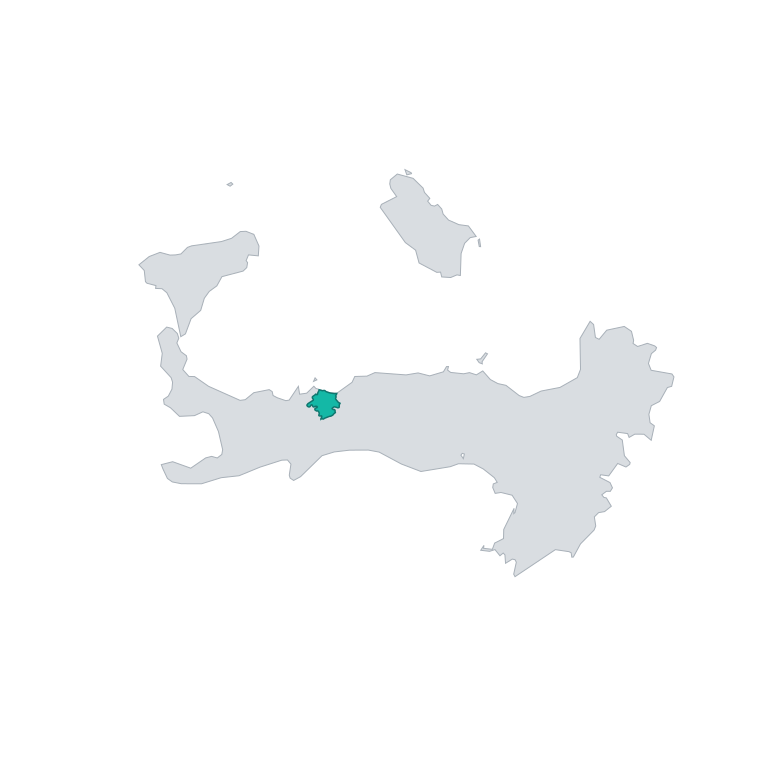 location of Caserta within Italy, rotated 136°
{"feature_id": "ITA-5396", "entity_name": "Caserta", "entity_type": "Province", "adm_level": 1, "iso_a3": "ITA", "parent_name": "Italy", "parent_adm1": "", "projection": "equal_earth", "projection_center": [14.158, 41.216], "detail": "fine", "context": "in_parent", "style": "filled", "palette": "teal", "viewbox_px": 768, "rotation_deg": 136, "n_neighbors": 0, "source": "natural_earth", "source_scale": "10m", "svg_char_len": 5785}
<svg xmlns="http://www.w3.org/2000/svg" viewBox="0 0 768 768"><g transform="rotate(136 384 384)"><path d="M178.7,182.5L182.6,184.6L197.8,180.0L206.8,182.7L214.5,178.2L219.5,171.3L218.6,166.1L230.9,157.9L231.9,167.3L238.4,173.7L244.8,175.3L243.2,179.1L249.4,187.0L252.0,186.3L252.9,184.8L251.5,178.2L260.9,165.4L261.5,156.5L263.1,155.5L267.6,156.2L271.1,164.5L286.2,161.8L291.2,168.2L293.6,167.0L289.9,156.1L291.8,150.6L295.8,149.6L298.5,152.3L304.3,153.0L304.6,149.7L303.2,147.6L305.4,138.2L314.0,139.0L319.0,142.4L325.0,142.3L330.3,134.8L334.3,133.0L353.7,132.5L368.0,128.0L369.2,129.0L366.6,132.6L367.4,134.9L375.8,145.8L423.6,154.4L422.8,157.1L412.6,163.9L411.8,166.6L413.3,168.9L421.1,170.6L415.7,177.1L415.7,179.6L419.9,179.9L419.2,187.8L424.3,190.3L429.9,197.2L424.2,198.5L426.5,196.6L420.9,189.8L414.9,192.7L405.4,189.8L398.9,196.2L376.8,204.2L380.7,200.6L379.1,200.5L371.0,205.3L369.1,215.0L375.2,224.7L380.0,228.1L377.7,234.0L374.8,236.2L370.9,234.6L369.7,239.9L371.6,253.9L374.9,263.9L385.8,274.9L393.8,278.5L418.2,295.4L427.1,314.4L434.8,338.4L441.2,347.4L454.7,360.3L467.0,369.7L478.4,375.5L508.4,375.3L516.0,377.4L516.9,381.5L515.5,384.2L506.6,391.0L506.2,396.4L510.4,400.2L530.9,410.3L552.0,418.7L566.2,429.7L584.6,439.0L599.1,453.1L604.3,460.6L605.4,466.5L602.0,476.5L600.2,480.7L590.0,474.9L581.5,457.7L563.6,454.7L558.3,451.7L555.3,446.6L549.6,446.0L545.7,448.8L536.1,464.8L530.9,478.7L530.7,484.4L533.6,489.8L542.3,492.9L553.6,502.8L554.1,515.2L556.1,522.2L553.3,526.1L547.6,525.1L540.1,527.6L534.8,532.2L532.7,536.5L532.3,552.0L522.2,560.1L513.7,575.8L500.8,575.9L497.8,571.1L497.6,563.9L499.8,559.5L504.5,557.4L507.6,548.2L506.5,541.6L508.4,538.7L518.7,534.2L519.1,525.0L515.1,520.9L511.8,504.2L498.9,472.2L494.7,469.1L483.7,468.2L470.5,459.7L469.7,456.2L471.8,452.8L470.3,448.2L466.2,440.2L463.4,438.3L447.2,441.8L451.8,435.3L446.0,431.1L436.0,431.1L436.1,428.2L429.0,415.3L424.2,410.1L405.8,407.4L399.8,409.7L390.8,401.5L382.6,398.5L361.8,375.2L351.8,368.3L345.5,358.1L332.8,351.5L326.9,353.1L325.5,351.8L328.6,349.8L328.0,346.0L319.6,336.0L314.6,332.8L311.2,326.4L303.9,324.8L304.4,313.3L301.8,305.2L297.2,298.3L294.8,281.8L292.7,277.2L287.6,273.7L275.9,269.8L259.8,259.3L240.5,254.3L232.5,258.0L211.4,280.6L192.2,285.9L191.9,281.2L199.6,270.6L198.2,266.7L186.4,268.0L171.2,258.5L169.4,250.0L174.1,242.0L176.7,240.1L175.5,234.8L166.3,230.3L162.8,223.3L162.6,220.9L165.1,219.7L170.6,220.1L179.5,215.1L182.3,208.3L169.9,191.2L170.5,187.7L178.7,182.5ZM378.1,279.4L378.8,275.2L374.8,277.8L375.9,279.8L378.1,279.4ZM497.3,559.2L481.9,583.8L476.8,600.5L477.5,606.8L481.9,611.4L479.7,613.2L484.5,621.1L484.5,623.3L477.6,632.2L477.5,640.0L464.4,638.8L453.7,634.3L448.4,625.4L444.2,621.6L439.7,618.6L430.5,618.8L426.4,617.0L402.0,599.4L392.5,594.7L381.5,593.5L377.2,589.7L373.7,582.0L378.1,570.1L385.4,563.5L391.8,571.0L397.5,568.5L397.8,566.1L401.8,563.1L406.9,563.1L426.0,573.8L436.1,570.7L445.3,572.0L453.7,570.5L464.7,564.3L477.4,565.0L492.0,558.0L497.3,559.2ZM268.5,427.7L274.7,446.7L268.3,458.3L270.4,470.9L264.0,513.7L261.1,515.0L244.7,510.0L243.2,519.9L240.9,523.9L237.6,526.5L228.6,525.8L220.2,511.7L219.8,497.8L221.8,493.7L222.1,485.7L225.6,485.2L226.0,479.8L224.1,476.9L220.7,475.9L220.9,469.8L223.4,465.2L223.7,457.1L219.5,446.7L213.5,439.1L215.2,426.1L220.3,429.4L228.3,429.2L237.9,424.3L253.7,409.0L255.7,411.8L262.1,414.3L268.1,420.9L265.6,425.2L268.5,427.7ZM299.3,330.2L300.7,333.2L300.1,337.3L297.0,334.9L289.3,335.9L288.6,333.8L298.0,331.9L299.3,330.2ZM222.3,518.6L220.0,523.6L217.7,517.1L218.1,516.2L222.3,518.6ZM220.0,416.7L216.4,422.1L214.6,421.9L219.1,415.7L220.0,416.7ZM358.3,636.4L354.0,635.2L353.9,632.8L357.3,633.2L358.3,636.4ZM432.9,434.8L429.3,436.3L429.4,433.6L432.9,434.8Z" fill="#d9dde1" stroke="#a8b0b8" stroke-width="1"/><path d="M434.7,424.9L433.0,422.0L431.7,421.1L431.2,420.6L431.1,420.1L431.0,419.1L430.9,418.6L429.9,416.6L428.7,414.5L426.4,411.6L424.6,410.0L425.3,409.6L425.6,409.4L426.9,409.2L427.1,409.0L427.2,408.9L427.2,408.6L427.2,408.4L427.4,408.0L427.6,407.9L427.9,407.7L428.2,407.6L428.5,407.5L428.8,407.3L429.0,407.1L429.1,406.9L429.3,406.6L429.3,406.4L429.3,405.8L429.5,405.1L429.4,404.0L429.6,402.8L429.6,402.5L429.6,402.3L429.5,401.9L429.0,401.0L429.0,400.8L429.1,400.6L429.3,400.6L430.1,400.3L430.4,400.2L430.9,399.8L431.0,399.8L432.0,398.7L432.5,398.4L432.9,398.4L433.7,398.9L433.9,399.1L434.0,399.3L434.1,399.6L434.2,399.9L435.3,401.7L435.5,402.0L435.8,402.2L436.6,402.4L437.7,402.5L438.1,402.5L438.3,402.4L438.5,402.3L438.5,402.2L438.4,401.8L438.4,401.6L438.4,401.3L438.3,401.0L438.2,400.8L438.1,400.6L437.7,400.3L437.5,400.1L437.4,399.9L437.4,399.6L437.4,399.4L437.5,399.2L437.6,398.9L438.1,398.5L438.2,398.3L438.4,398.0L438.6,397.8L438.7,397.4L438.9,397.2L439.3,397.3L440.5,397.4L441.7,397.3L442.7,397.2L443.4,397.5L444.4,397.7L444.6,397.8L445.5,398.5L446.8,399.1L448.3,399.7L448.8,399.9L450.7,400.7L451.1,400.7L451.8,400.8L452.0,400.9L452.3,401.2L452.5,401.8L453.1,402.4L453.8,402.5L453.2,403.1L452.2,403.2L451.5,403.7L451.3,404.0L451.1,404.4L451.2,404.6L451.6,404.8L452.0,405.2L452.6,405.9L452.8,406.5L452.4,407.0L451.8,407.2L451.4,407.5L451.0,407.9L450.6,408.5L450.4,409.1L450.2,409.7L450.3,410.3L450.5,410.9L451.1,411.3L451.3,411.5L451.7,413.0L451.5,413.6L451.0,414.1L450.3,414.3L448.7,413.6L447.9,413.8L447.8,414.4L448.1,414.9L449.0,415.8L450.3,416.2L450.7,416.5L450.8,417.1L450.3,418.8L450.6,419.4L451.3,419.5L452.6,419.2L453.3,419.2L453.9,419.6L454.3,420.2L454.5,421.1L454.4,422.0L453.8,422.5L452.3,422.7L446.2,421.5L445.7,421.8L445.4,422.2L445.4,422.5L445.4,422.9L445.4,423.3L444.7,424.4L443.6,424.5L441.5,424.1L440.4,424.2L440.1,424.1L439.9,423.8L439.8,423.0L439.6,422.8L439.4,422.7L439.1,422.7L438.9,422.8L437.8,423.6L435.1,424.6L434.7,424.9Z" fill="#14b8a6" stroke="#0f766e" stroke-width="1.5"/></g></svg>